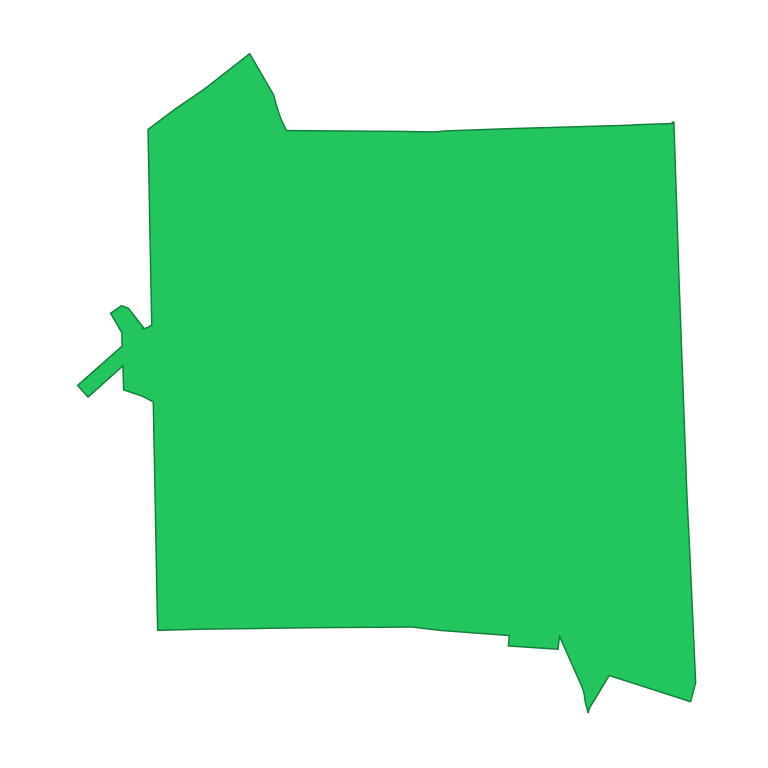 Broken Hill, New South Wales, Australia, rotated 89°
{"feature_id": "25037944B37547853464186", "entity_name": "Broken Hill", "entity_type": "district", "adm_level": 2, "iso_a3": "AUS", "parent_name": "Australia", "parent_adm1": "New South Wales", "projection": "albers", "projection_center": [141.499, -31.951], "detail": "fine", "context": "isolated", "style": "filled", "palette": "green", "viewbox_px": 768, "rotation_deg": 89, "n_neighbors": 0, "source": "geoboundaries", "source_scale": "gbopen_adm2", "svg_char_len": 1860}
<svg xmlns="http://www.w3.org/2000/svg" viewBox="0 0 768 768"><g transform="rotate(89 384 384)"><path d="M132.7,326.6L132.8,328.4L132.7,334.1L131.8,360.3L130.6,408.3L129.9,437.4L129.7,445.7L129.4,455.5L129.4,457.2L129.0,473.2L129.0,474.6L128.9,477.1L118.9,481.7L109.5,485.0L100.0,487.6L93.1,489.3L51.4,512.5L84.5,556.5L85.3,557.9L86.4,559.0L104.6,586.8L108.2,591.8L114.7,600.8L125.4,615.5L161.7,615.4L162.9,615.4L168.3,615.4L172.3,615.4L228.0,615.4L231.6,615.4L232.6,615.4L254.9,615.3L267.6,615.3L321.0,615.2L323.2,618.8L324.6,624.0L323.1,623.8L303.8,638.3L301.1,645.1L308.5,656.1L328.2,645.2L338.4,645.2L341.3,644.9L380.1,690.4L391.9,680.1L361.2,644.7L385.4,644.4L391.9,625.9L397.9,615.0L405.3,615.0L449.9,614.9L509.1,614.8L516.4,614.8L591.4,614.7L626.4,614.6L626.2,596.9L626.0,571.8L626.0,569.1L626.0,566.4L626.0,565.1L626.0,563.8L626.3,514.6L626.2,501.3L626.2,496.2L626.3,492.7L626.4,472.3L626.4,460.8L627.0,405.8L627.5,359.9L631.5,330.8L631.5,330.5L631.6,329.6L633.2,311.8L633.3,310.6L634.1,302.4L637.7,263.1L648.1,264.2L649.7,244.8L649.9,242.8L652.2,214.6L642.9,213.5L639.5,212.8L643.8,211.0L650.0,208.4L653.0,207.1L655.6,206.0L657.1,205.4L659.0,204.6L663.7,202.6L665.9,201.6L669.1,200.3L671.2,199.4L672.7,198.7L674.7,197.9L677.5,196.8L678.7,196.2L679.6,195.8L681.1,195.2L682.6,194.6L686.9,192.8L688.0,192.3L689.9,191.5L690.8,191.2L691.9,190.8L692.5,190.6L693.4,190.3L693.9,190.2L694.3,190.1L696.3,189.6L697.0,189.4L697.7,189.3L698.6,189.2L699.6,189.0L701.9,188.8L703.0,188.6L703.9,188.5L704.4,188.4L705.3,188.3L706.5,188.1L708.5,187.6L713.0,186.4L713.9,186.2L714.4,186.1L716.6,185.5L711.9,184.4L679.4,163.9L707.0,83.0L688.1,77.6L554.7,81.3L499.5,83.1L498.6,83.1L289.9,87.1L127.3,89.6L127.3,91.1L128.6,91.1L129.2,130.2L129.5,130.2L130.9,256.0L131.8,304.6L132.1,320.1L132.7,325.3L132.7,326.6Z" fill="#22c55e" stroke="#15803d" stroke-width="1.5"/></g></svg>